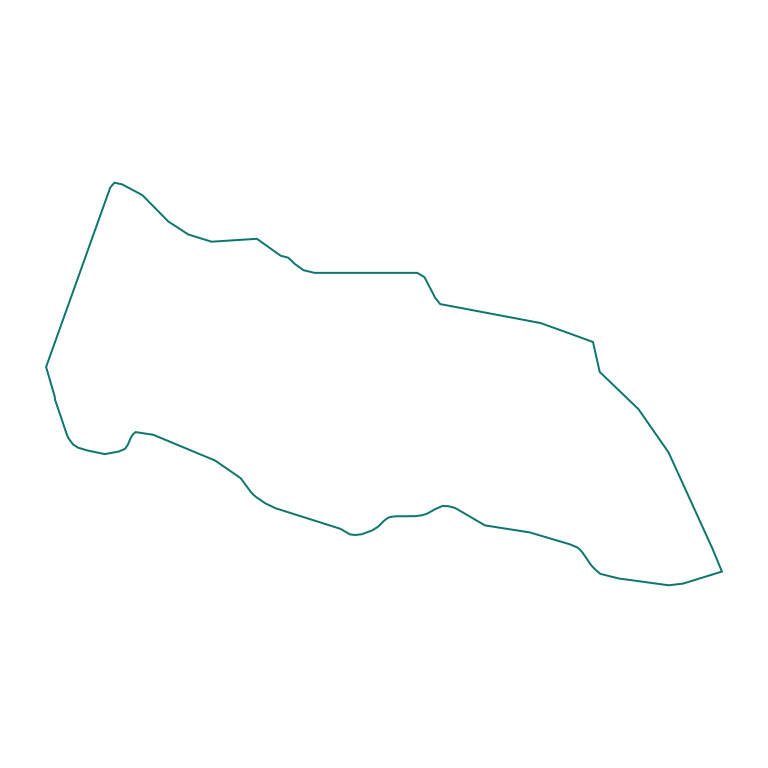 Portland, Mercator projection
{"feature_id": "JAM-1378", "entity_name": "Portland", "entity_type": "Parish", "adm_level": 1, "iso_a3": "JAM", "parent_name": "Jamaica", "parent_adm1": "", "projection": "mercator", "projection_center": [-76.532, 18.127], "detail": "fine", "context": "isolated", "style": "outline", "palette": "teal", "viewbox_px": 768, "rotation_deg": 0, "n_neighbors": 0, "source": "natural_earth", "source_scale": "10m", "svg_char_len": 1055}
<svg xmlns="http://www.w3.org/2000/svg" viewBox="0 0 768 768"><path d="M114.4,182.7L122.2,184.4L142.3,195.1L168.3,221.5L188.3,234.5L211.5,241.7L256.9,238.8L280.6,255.7L288.2,257.7L295.1,264.2L303.5,270.2L314.7,272.9L417.3,272.9L424.5,277.2L435.2,297.8L440.2,304.1L540.7,323.1L593.0,342.0L599.7,371.9L638.5,409.2L668.6,452.5L712.4,548.5L721.9,571.5L721.1,571.8L683.0,583.6L668.7,585.3L618.8,578.5L600.3,573.9L595.0,569.3L591.2,565.3L582.3,552.3L580.0,549.6L577.4,547.5L570.1,544.4L529.7,532.4L485.0,525.4L455.0,507.9L448.2,506.2L442.6,505.9L435.7,508.9L426.6,513.9L421.7,515.3L414.8,516.2L395.5,516.3L390.0,517.0L386.8,518.6L384.0,520.8L377.9,526.8L372.6,530.2L361.6,534.3L355.2,535.0L350.0,534.4L340.4,528.8L275.7,508.3L265.4,503.4L256.3,497.2L253.5,494.8L251.0,492.2L240.6,478.1L215.0,460.5L153.3,434.8L135.6,432.1L133.0,434.3L130.9,437.5L127.9,444.6L125.1,448.8L118.5,451.6L104.8,454.1L87.1,450.4L78.2,447.7L73.2,444.6L69.0,439.0L67.3,435.9L55.1,399.8L54.6,396.2L46.1,367.0L110.3,187.4L114.4,182.7Z" fill="none" stroke="#0f766e" stroke-width="2"/></svg>